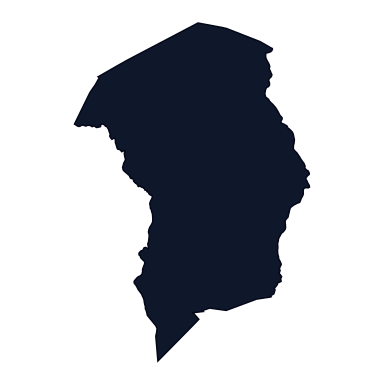 San José Lachiguiri, Oaxaca, Mexico
{"feature_id": "50627088B89681862537656", "entity_name": "San José Lachiguiri", "entity_type": "district", "adm_level": 2, "iso_a3": "MEX", "parent_name": "Mexico", "parent_adm1": "Oaxaca", "projection": "mercator", "projection_center": [-96.341, 16.394], "detail": "fine", "context": "isolated", "style": "filled", "palette": "ink", "viewbox_px": 384, "rotation_deg": 0, "n_neighbors": 0, "source": "geoboundaries", "source_scale": "gbopen_adm2", "svg_char_len": 5957}
<svg xmlns="http://www.w3.org/2000/svg" viewBox="0 0 384 384"><path d="M302.5,196.2L303.3,194.1L303.2,191.2L303.5,188.8L304.3,188.2L306.0,187.6L307.4,187.8L308.7,187.7L309.5,187.1L309.2,185.4L308.3,183.9L307.6,182.6L306.7,180.4L306.0,179.6L305.8,177.8L306.7,176.9L307.4,175.8L309.1,174.5L309.3,173.5L308.8,172.1L307.8,170.5L306.9,170.6L305.9,169.3L304.7,168.1L305.1,166.3L304.0,163.5L303.3,162.5L302.0,160.8L300.6,158.7L300.3,158.3L299.9,157.5L299.4,156.6L297.4,153.7L296.7,152.7L295.5,151.6L293.6,149.4L293.3,148.5L293.4,147.0L293.5,144.9L294.0,143.6L294.1,142.3L294.4,140.2L294.2,138.5L293.8,137.1L293.3,134.3L292.3,132.1L290.9,130.6L289.1,128.8L288.1,128.3L286.7,125.6L285.7,125.3L283.9,124.1L282.1,123.6L281.0,122.2L280.9,121.3L282.1,119.1L282.1,117.8L281.5,117.0L280.2,115.7L279.6,114.8L278.8,113.1L278.1,111.8L277.5,110.7L275.4,107.4L272.9,104.5L271.5,103.2L269.5,101.2L268.5,99.3L267.6,98.6L265.5,96.9L264.8,93.6L265.5,89.8L266.3,87.8L267.4,87.0L268.3,86.7L269.4,85.3L269.5,84.3L269.5,83.0L268.7,80.6L268.7,79.6L269.5,78.4L271.4,76.5L271.9,74.6L271.2,73.5L270.7,72.0L270.1,70.6L269.2,69.1L269.7,66.6L269.3,64.9L268.9,64.1L268.3,62.7L267.4,61.4L266.8,60.0L266.0,58.5L265.6,56.3L265.7,54.7L265.7,54.1L265.7,53.2L268.5,52.5L270.7,51.7L271.8,50.7L272.4,49.1L272.3,48.5L270.8,47.8L260.2,41.7L226.5,28.5L223.8,27.9L223.1,27.7L198.0,23.0L127.6,60.0L117.1,65.9L98.1,76.8L98.6,77.2L99.2,78.8L98.2,79.5L96.7,82.3L95.0,85.3L93.1,87.9L89.9,92.6L74.5,124.1L76.6,125.4L77.4,126.0L78.5,126.4L79.5,126.4L80.2,126.1L81.3,125.4L82.6,125.0L83.7,125.3L84.7,125.7L85.7,126.0L86.4,125.9L87.2,125.4L88.4,125.3L89.1,125.3L89.9,125.4L90.7,125.8L91.5,126.2L92.0,126.6L92.4,126.6L93.0,126.4L93.6,125.9L94.1,125.9L94.9,126.3L95.4,126.8L96.0,127.2L96.4,127.4L96.7,127.5L97.2,127.4L98.1,127.2L99.2,127.0L100.0,126.8L100.5,126.6L100.6,126.3L100.6,125.9L100.3,125.5L100.2,125.1L100.3,124.8L101.0,124.6L101.9,124.3L102.4,124.0L103.0,124.0L103.5,124.3L104.0,124.7L104.9,125.3L105.3,126.0L105.6,126.3L106.2,126.2L107.0,126.9L108.4,129.1L109.2,131.6L110.3,134.6L109.7,136.0L110.6,137.7L111.9,139.3L112.7,138.9L113.9,138.0L115.2,139.0L115.4,140.2L115.4,142.6L115.9,143.9L116.4,145.7L117.0,147.7L117.6,149.1L120.0,149.7L120.9,150.7L121.7,151.7L122.8,151.3L124.4,150.3L124.9,150.4L124.9,151.3L124.6,152.2L124.3,153.4L124.5,155.1L124.8,156.8L125.5,159.5L124.8,161.2L123.7,163.3L123.1,165.8L122.6,167.4L123.3,170.2L124.4,171.3L126.3,172.9L127.7,174.1L128.4,174.8L129.1,175.2L129.3,175.3L129.5,175.7L129.6,176.4L129.8,176.8L130.2,177.0L130.4,177.3L130.4,177.7L130.4,178.0L130.6,178.2L130.8,178.0L131.1,177.6L131.3,177.6L131.5,177.8L131.5,178.2L131.6,178.5L132.0,178.4L132.3,178.4L132.6,178.5L133.0,178.6L133.1,179.0L133.1,179.5L133.3,179.8L133.6,180.2L133.8,180.6L133.6,181.0L133.7,181.3L134.1,181.6L134.4,182.0L134.6,182.2L134.8,182.5L135.2,182.6L135.4,182.7L135.5,183.1L135.7,183.3L136.0,183.4L136.5,183.7L137.0,184.2L137.3,184.6L137.4,184.9L137.7,185.2L137.9,185.4L138.1,185.7L138.1,186.0L138.1,186.3L138.4,186.5L138.6,186.3L138.7,186.2L138.9,186.2L139.1,186.3L139.3,186.3L139.5,186.2L139.8,186.0L140.1,186.0L140.3,186.3L140.4,186.5L140.7,186.5L141.0,186.6L141.4,186.9L141.7,187.2L142.0,187.3L142.4,187.4L142.8,187.3L143.1,187.6L143.4,187.7L143.6,187.7L143.8,188.0L143.8,188.3L144.2,188.4L144.4,188.7L144.7,189.4L144.8,189.9L145.2,190.0L145.8,190.3L146.2,190.4L146.4,190.6L146.5,190.8L146.8,190.7L147.1,190.7L147.2,190.9L147.1,191.4L147.2,191.8L147.4,191.9L147.5,191.8L147.6,191.5L147.9,191.4L148.2,191.6L148.3,191.9L148.5,192.4L148.6,192.6L148.6,193.1L148.9,193.6L149.3,194.3L149.6,194.5L150.9,195.2L151.8,195.5L152.2,196.2L152.3,196.8L152.2,197.6L151.5,199.4L151.0,200.2L150.6,200.8L150.4,201.6L150.0,202.7L149.8,203.6L149.9,204.7L150.4,206.5L150.3,207.6L150.5,208.5L150.9,208.9L151.5,210.6L151.8,212.1L152.3,213.3L152.6,215.4L152.7,217.5L152.8,219.4L152.7,221.7L152.1,223.4L151.5,224.4L150.8,225.8L150.2,226.5L149.5,228.0L149.1,229.1L148.8,230.1L148.5,231.8L148.6,232.8L148.8,233.5L149.1,234.2L149.2,236.2L148.7,240.4L148.5,241.9L148.3,242.5L147.8,243.8L147.9,245.0L148.1,245.9L148.4,246.7L148.4,248.2L148.0,248.9L147.3,248.3L146.6,247.9L145.8,247.5L145.3,247.4L144.7,247.6L144.1,247.9L143.7,248.3L143.5,249.0L143.3,249.6L142.8,250.2L142.3,250.5L141.7,250.6L141.2,250.8L140.4,251.5L139.5,252.4L139.1,253.1L138.9,253.8L139.1,254.6L139.1,255.0L140.4,256.2L140.7,257.7L142.4,259.5L143.6,260.6L144.5,261.6L144.8,262.7L144.8,263.0L144.4,264.4L144.2,265.1L143.7,266.1L143.0,268.1L142.6,269.5L142.6,271.5L142.6,272.0L142.3,272.8L142.3,273.5L142.1,273.9L141.5,274.7L140.9,275.4L139.9,276.1L138.9,276.5L138.6,276.6L137.4,277.4L136.9,278.0L136.3,278.7L135.2,279.9L134.2,281.3L134.1,282.0L134.3,283.1L135.0,284.1L135.5,284.7L136.1,285.4L137.0,287.1L137.1,287.3L138.3,289.7L140.2,292.1L141.0,293.3L141.6,293.9L142.7,296.7L143.5,298.1L144.2,300.7L144.2,301.2L144.4,302.5L144.7,304.1L145.4,306.6L145.4,308.9L146.1,310.1L146.4,311.2L147.0,313.5L147.4,315.4L155.9,325.8L157.1,328.6L156.6,332.7L155.8,336.1L157.9,361.0L194.4,323.9L198.8,319.3L193.0,312.7L203.1,311.5L202.1,310.7L209.6,308.1L226.2,310.4L256.6,299.1L270.5,297.0L271.2,296.7L271.0,296.4L271.0,295.8L271.0,294.9L272.3,294.8L273.9,293.7L275.0,289.9L274.3,288.3L275.6,286.8L276.3,286.0L277.4,284.4L277.3,283.2L281.1,281.4L281.0,280.4L280.6,278.9L281.6,276.7L280.3,274.7L279.3,273.9L279.4,272.5L280.1,270.4L279.4,269.2L279.9,267.2L280.4,266.2L281.2,264.5L281.0,263.5L280.4,262.2L280.0,261.2L279.3,260.1L278.6,258.5L278.5,256.8L278.1,255.3L277.7,253.9L277.6,251.7L277.5,250.3L277.8,248.0L277.8,246.6L277.7,245.2L277.6,243.3L278.2,241.3L278.5,238.7L279.1,237.5L280.6,234.7L281.6,233.0L282.6,232.4L284.0,230.9L285.2,229.2L285.6,227.3L285.4,225.8L285.4,224.4L285.1,222.1L285.2,221.0L285.8,219.6L286.7,218.5L287.7,217.6L288.3,215.9L288.5,214.6L289.0,212.8L289.4,211.0L290.0,208.5L291.0,207.1L292.7,205.8L294.2,204.8L297.2,203.2L299.7,202.3L300.2,201.0L300.6,200.2L301.2,198.4L302.5,196.2Z" fill="#0f172a" stroke="#020617" stroke-width="1.5"/></svg>